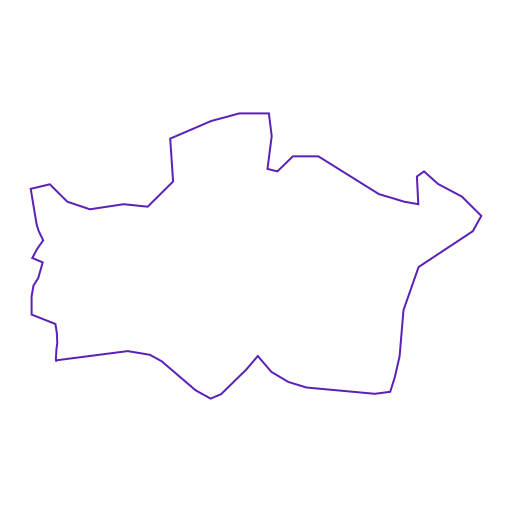 Kraslavas, Mercator projection
{"feature_id": "LVA-1064", "entity_name": "Kraslavas", "entity_type": "Municipality", "adm_level": 1, "iso_a3": "LVA", "parent_name": "Latvia", "parent_adm1": "", "projection": "mercator", "projection_center": [27.268, 55.934], "detail": "fine", "context": "isolated", "style": "outline", "palette": "violet", "viewbox_px": 512, "rotation_deg": 0, "n_neighbors": 0, "source": "natural_earth", "source_scale": "10m", "svg_char_len": 837}
<svg xmlns="http://www.w3.org/2000/svg" viewBox="0 0 512 512"><path d="M481.3,215.9L472.8,231.2L418.6,267.0L403.5,310.1L399.6,356.2L394.9,376.9L390.2,391.8L374.8,393.8L306.4,387.5L288.4,382.0L271.4,371.9L257.8,356.0L246.6,369.2L221.2,394.1L210.6,398.6L195.6,390.3L161.7,361.3L149.9,354.8L127.7,351.1L57.1,360.2L56.2,360.8L56.0,360.3L55.8,360.0L56.5,348.5L57.3,343.0L56.8,332.6L55.4,324.0L31.6,314.6L31.6,296.3L33.5,285.5L38.2,278.2L42.7,262.4L32.3,258.0L37.2,248.8L43.2,240.4L38.6,230.8L36.6,224.3L30.7,188.8L49.8,184.3L67.3,201.7L89.9,209.3L123.7,204.2L147.7,206.7L173.1,181.5L170.2,138.6L211.1,121.0L239.3,113.4L268.9,113.4L271.7,136.1L267.5,168.9L277.4,171.4L292.9,156.3L318.3,156.3L378.9,194.1L404.2,201.7L418.3,204.2L416.9,176.5L424.0,171.4L438.1,184.0L462.0,196.7L481.3,215.9Z" fill="none" stroke="#5b21b6" stroke-width="2"/></svg>